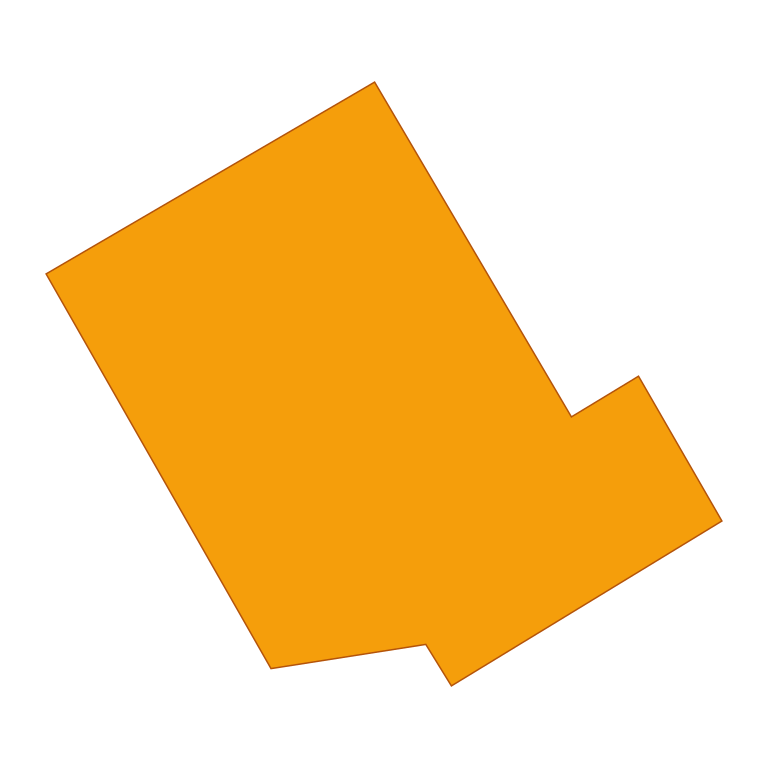 Comanche, Texas, United States of America (Robinson projection)
{"feature_id": "52423323B96574112762437", "entity_name": "Comanche", "entity_type": "district", "adm_level": 2, "iso_a3": "USA", "parent_name": "United States of America", "parent_adm1": "Texas", "projection": "robinson", "projection_center": [-98.411, 31.973], "detail": "fine", "context": "isolated", "style": "filled", "palette": "amber", "viewbox_px": 768, "rotation_deg": 0, "n_neighbors": 0, "source": "geoboundaries", "source_scale": "gbopen_adm2", "svg_char_len": 262}
<svg xmlns="http://www.w3.org/2000/svg" viewBox="0 0 768 768"><path d="M676.2,441.7L638.5,376.2L620.9,386.9L571.4,416.9L374.6,82.1L46.1,273.9L271.0,668.6L425.8,644.4L451.4,685.9L721.9,521.0L676.2,441.7Z" fill="#f59e0b" stroke="#b45309" stroke-width="1.5"/></svg>